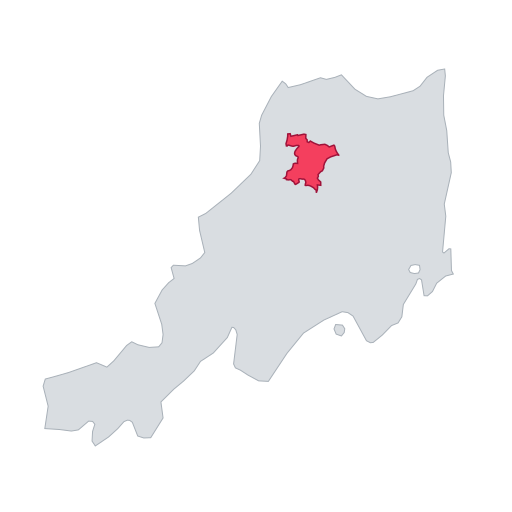 Ashtarak, Aragatsotn, Armenia shown in context, rotated 96°
{"feature_id": "60910142B23777318825008", "entity_name": "Ashtarak", "entity_type": "district", "adm_level": 2, "iso_a3": "ARM", "parent_name": "Armenia", "parent_adm1": "Aragatsotn", "projection": "natural_earth1", "projection_center": [44.276, 40.353], "detail": "fine", "context": "in_parent", "style": "filled", "palette": "rose", "viewbox_px": 512, "rotation_deg": 96, "n_neighbors": 0, "source": "geoboundaries", "source_scale": "gbopen_adm2", "svg_char_len": 3374}
<svg xmlns="http://www.w3.org/2000/svg" viewBox="0 0 512 512"><g transform="rotate(96 256 256)"><path d="M223.4,317.4L218.9,310.4L196.2,287.3L175.2,269.6L160.8,262.3L146.3,263.0L123.7,266.6L115.4,265.1L95.8,257.4L79.4,248.2L81.7,244.4L85.1,241.6L81.0,229.7L72.0,210.5L73.0,204.5L70.1,196.2L66.9,190.0L79.8,175.0L85.7,162.9L87.0,151.2L83.6,139.0L75.2,117.0L70.0,110.6L60.4,104.6L52.3,94.8L50.3,87.9L57.1,86.5L77.0,86.3L96.3,84.0L111.4,79.4L133.2,75.6L142.2,72.2L152.7,70.5L184.7,74.2L196.6,71.4L232.5,70.9L233.4,69.4L228.6,64.8L228.6,63.0L250.0,60.1L253.3,57.9L256.1,65.3L264.2,73.5L272.9,76.8L277.7,81.3L277.9,84.7L262.4,88.9L261.3,91.0L262.4,93.0L267.0,94.1L288.8,104.4L301.2,104.6L307.7,107.7L311.0,113.9L321.5,122.2L329.7,130.4L330.3,133.2L328.7,137.3L305.6,153.2L302.7,158.7L302.4,164.5L312.6,181.8L327.7,200.7L349.5,215.0L379.4,230.6L379.9,240.3L375.2,251.7L371.2,259.5L369.4,264.8L365.7,267.0L336.0,266.5L331.5,268.4L329.5,270.7L329.4,272.5L340.1,276.0L356.9,288.3L366.6,300.2L376.7,305.4L387.9,314.9L397.0,323.8L411.1,335.3L426.8,331.5L447.7,341.7L448.7,348.6L447.4,354.8L434.3,361.6L432.7,364.4L432.7,366.7L434.5,370.0L442.2,375.5L451.4,383.7L461.7,396.0L457.2,399.7L447.6,400.2L440.2,398.7L437.6,401.2L437.7,405.2L447.5,414.5L449.4,421.3L449.1,433.1L449.7,448.0L427.1,447.0L407.7,454.1L400.4,452.7L395.5,440.1L391.3,429.8L378.8,403.5L382.1,392.7L375.2,386.5L358.5,375.3L354.3,370.6L356.6,364.3L358.1,352.7L356.5,343.3L352.1,340.4L343.8,340.2L333.8,342.6L313.7,351.6L299.6,345.8L291.6,340.0L286.9,335.1L276.4,339.2L273.8,337.2L273.2,325.1L270.1,318.6L263.7,311.0L257.9,307.3L236.4,314.8L223.4,317.4ZM256.3,100.9L256.9,96.6L255.9,92.6L252.4,91.4L248.2,92.4L247.9,96.8L249.2,100.9L253.5,102.8L256.3,100.9ZM325.3,168.1L320.4,170.8L315.8,169.6L315.7,162.8L319.1,160.1L322.9,160.3L326.6,162.7L325.3,168.1Z" fill="#d9dde1" stroke="#a8b0b8" stroke-width="1"/><path d="M186.8,202.6L183.7,201.9L181.2,201.9L178.9,202.4L178.9,201.5L178.9,199.0L175.6,199.4L173.8,201.9L172.1,203.1L170.3,202.3L168.5,202.8L165.5,200.6L164.3,198.9L161.4,197.8L159.5,198.1L156.3,197.5L151.9,195.5L149.6,192.1L146.9,186.1L147.1,184.3L146.9,184.3L145.3,185.8L144.2,186.6L142.5,187.7L141.0,188.4L138.5,189.2L137.6,190.1L138.6,192.1L139.9,194.6L138.6,196.6L137.7,199.2L138.6,203.3L139.2,204.7L137.6,210.3L136.0,214.0L137.6,215.3L137.1,217.0L135.1,217.3L133.8,218.8L130.0,219.1L129.8,221.1L131.8,226.9L131.1,227.4L132.9,232.6L133.3,233.8L130.8,234.8L131.3,237.2L133.7,237.0L137.3,237.2L141.2,237.9L141.9,237.7L143.2,237.3L143.3,237.3L143.4,236.6L142.5,236.1L142.3,235.2L142.6,233.6L143.0,231.3L142.9,230.1L141.8,227.4L141.6,225.4L142.0,224.8L142.7,224.8L145.0,226.6L147.8,228.1L149.7,228.4L151.0,228.0L152.0,227.1L152.8,224.8L153.8,224.3L155.4,224.8L157.0,224.8L159.6,224.3L159.6,226.4L159.9,227.5L160.5,228.5L162.5,228.6L164.4,229.0L166.6,230.4L167.4,231.6L168.1,233.3L169.2,234.0L173.2,234.1L175.1,235.3L175.7,236.2L176.2,233.7L176.9,233.6L176.9,231.4L176.5,230.2L176.5,229.3L177.1,228.4L177.9,227.4L177.9,226.5L180.3,224.9L180.7,224.4L180.6,224.0L179.7,222.8L178.2,220.9L177.2,220.9L176.1,221.5L175.3,221.5L174.7,221.2L174.5,220.1L174.7,218.2L174.5,216.5L174.8,215.7L175.7,214.8L177.3,214.2L178.6,214.2L179.2,214.5L180.6,214.4L180.7,213.8L180.3,212.2L180.3,210.6L180.7,209.0L182.0,206.0L182.6,205.3L183.5,204.3L184.2,203.0L186.8,202.6Z" fill="#f43f5e" stroke="#9f1239" stroke-width="1.5"/></g></svg>